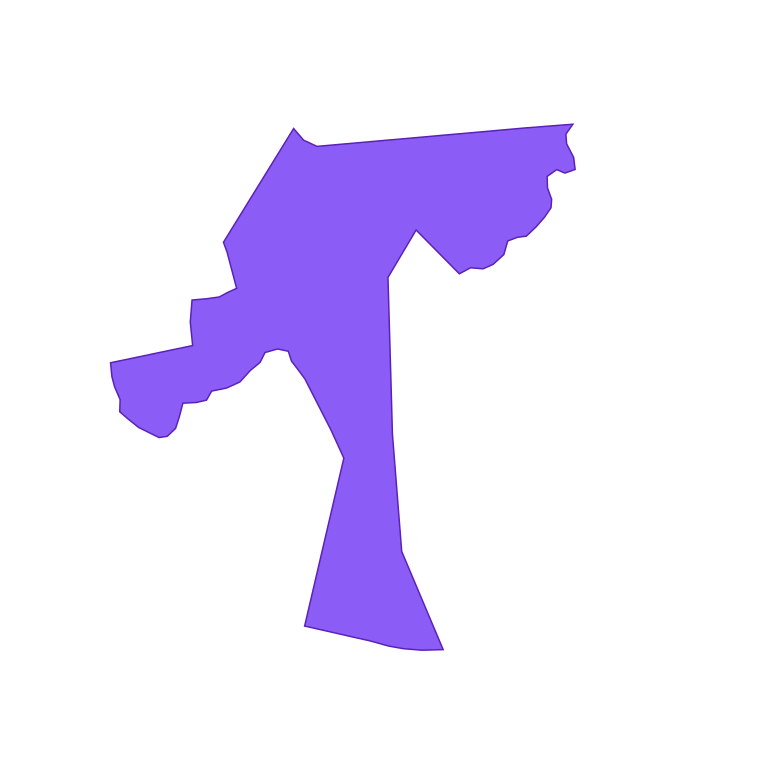 outline of Caiçara, Paraíba, Brazil, rotated 162°
{"feature_id": "56859067B64465430989239", "entity_name": "Caiçara", "entity_type": "district", "adm_level": 2, "iso_a3": "BRA", "parent_name": "Brazil", "parent_adm1": "Paraíba", "projection": "mercator", "projection_center": [-35.407, -6.583], "detail": "fine", "context": "isolated", "style": "filled", "palette": "violet", "viewbox_px": 768, "rotation_deg": 162, "n_neighbors": 0, "source": "geoboundaries", "source_scale": "gbopen_adm2", "svg_char_len": 1095}
<svg xmlns="http://www.w3.org/2000/svg" viewBox="0 0 768 768"><g transform="rotate(162 384 384)"><path d="M409.8,113.1L418.9,219.3L416.3,230.1L391.4,334.0L377.9,379.8L347.3,484.1L305.9,520.5L278.3,465.5L265.8,467.8L254.1,462.9L243.2,464.1L230.0,470.1L222.1,481.8L211.7,482.3L203.0,480.6L190.9,486.4L180.1,492.8L170.7,500.0L167.5,507.8L167.9,520.0L164.7,531.0L153.5,534.5L146.8,528.7L135.9,529.0L133.6,540.9L136.1,555.9L133.8,565.4L124.1,572.7L169.3,583.6L374.3,630.7L385.1,640.7L391.0,654.9L492.9,568.4L492.5,558.0L494.6,520.5L503.8,519.5L513.9,517.7L526.8,520.0L540.6,523.2L549.1,502.8L554.1,479.7L637.5,488.7L640.5,475.1L641.1,464.7L639.8,450.7L643.9,439.2L637.9,429.3L630.7,418.4L620.9,408.8L614.5,402.6L606.3,401.2L595.9,406.2L588.7,416.2L581.2,427.9L568.2,424.4L557.8,423.5L550.1,430.5L534.8,428.8L520.4,430.5L506.7,438.3L495.1,442.9L487.4,450.7L474.4,450.2L464.9,444.7L464.9,434.3L461.3,424.2L457.7,413.4L448.6,356.3L445.1,325.9L501.8,232.1L534.3,178.3L490.2,152.0L476.5,143.9L460.7,133.4L447.2,126.2L430.2,119.1L409.8,113.1Z" fill="#8b5cf6" stroke="#5b21b6" stroke-width="1.5"/></g></svg>